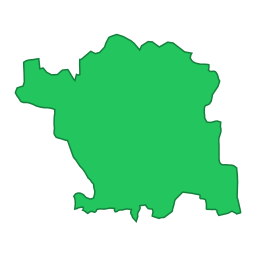 the district of Qutur, Al Gharbiyah, Egypt
{"feature_id": "37247803B52105005453844", "entity_name": "Qutur", "entity_type": "district", "adm_level": 2, "iso_a3": "EGY", "parent_name": "Egypt", "parent_adm1": "Al Gharbiyah", "projection": "robinson", "projection_center": [30.964, 30.971], "detail": "fine", "context": "isolated", "style": "filled", "palette": "green", "viewbox_px": 256, "rotation_deg": 0, "n_neighbors": 0, "source": "geoboundaries", "source_scale": "gbopen_adm2", "svg_char_len": 3973}
<svg xmlns="http://www.w3.org/2000/svg" viewBox="0 0 256 256"><path d="M82.7,210.1L84.0,210.7L85.3,211.5L86.1,212.3L87.7,213.4L89.3,212.3L90.4,211.5L92.5,211.5L94.3,212.3L95.5,211.9L96.2,211.0L96.7,209.7L98.3,209.1L99.8,208.9L100.4,208.9L104.1,209.1L109.9,208.1L114.6,208.4L114.4,210.0L114.6,210.8L115.2,211.8L116.0,211.7L116.7,211.6L117.5,211.1L118.6,210.3L119.3,210.1L119.9,210.0L121.8,210.0L122.5,210.0L123.9,209.5L125.2,209.2L127.3,209.0L131.5,209.5L130.7,211.9L131.0,214.0L131.5,214.6L132.0,215.6L132.3,216.7L132.6,217.5L136.2,221.5L137.8,216.5L137.6,214.6L137.8,213.0L138.4,211.7L138.9,210.9L139.2,210.6L140.2,207.9L139.7,206.3L139.7,205.8L141.0,205.5L143.4,205.3L145.4,204.9L145.8,205.6L147.6,208.0L148.7,208.8L152.1,209.0L153.1,211.4L152.3,215.2L152.3,216.2L153.8,216.7L159.2,218.4L160.2,217.9L161.3,217.6L162.4,217.6L164.2,217.4L165.1,216.7L168.9,213.9L172.1,211.5L172.9,208.1L173.6,205.7L174.0,204.3L174.5,201.7L175.1,199.8L176.1,198.7L182.7,192.1L188.8,192.9L191.4,193.2L199.6,194.8L200.1,195.4L200.1,196.0L199.9,197.8L200.4,198.6L203.3,198.8L204.1,199.1L205.4,199.6L206.4,203.6L206.4,205.3L206.4,209.0L207.0,209.3L208.0,209.3L211.4,209.5L213.5,209.5L215.1,209.3L217.0,210.4L217.0,212.0L218.8,215.4L220.1,215.1L227.8,213.3L232.0,211.2L235.7,213.1L236.5,213.9L237.7,213.6L240.2,212.9L240.6,212.6L240.4,211.0L238.1,200.6L237.1,197.1L237.6,181.1L237.4,178.7L237.4,176.1L236.7,168.5L236.6,167.8L233.5,165.6L231.3,165.1L229.2,165.1L227.1,164.8L222.6,164.8L222.0,164.5L220.8,164.0L219.5,162.1L219.0,158.9L219.0,158.4L219.0,157.6L219.0,153.8L219.0,151.7L219.0,145.6L218.9,143.5L218.8,141.8L218.8,138.6L220.9,131.7L220.9,128.5L220.4,126.9L220.7,122.1L217.2,121.0L214.9,121.3L213.5,121.8L212.2,122.1L211.2,122.4L208.5,122.3L206.9,122.1L204.8,118.3L204.6,117.3L204.6,115.1L204.3,113.3L204.3,111.4L204.3,109.0L204.5,107.9L204.6,106.9L205.1,106.1L205.9,105.3L207.2,105.0L208.3,104.5L209.4,103.9L211.2,101.3L212.3,96.0L212.3,94.9L214.7,91.3L217.9,86.6L219.7,81.1L218.4,78.7L218.1,77.1L217.9,76.4L217.4,74.7L216.3,72.8L215.3,71.7L213.9,71.2L211.6,71.4L210.0,71.4L208.4,70.1L208.7,69.3L208.7,68.8L208.9,67.7L208.9,64.8L208.1,64.5L204.2,64.2L200.5,64.2L197.6,63.6L195.5,63.1L193.1,61.8L191.8,60.7L190.2,58.0L190.7,55.6L191.0,54.6L191.8,53.2L188.4,52.6L184.5,51.9L184.2,51.6L177.2,46.2L173.1,43.0L167.7,42.2L159.3,47.0L152.3,41.9L148.1,41.6L141.6,45.8L139.7,50.0L139.3,49.5L136.5,46.2L134.8,44.2L134.0,43.3L131.3,41.0L123.7,36.8L123.3,36.6L117.2,34.6L116.7,34.5L114.5,35.2L110.3,36.7L108.8,37.6L106.9,41.2L106.0,42.9L105.4,44.7L104.6,47.1L102.2,49.7L99.6,52.5L99.2,52.6L95.1,53.6L90.8,51.3L84.3,56.8L81.3,59.4L81.0,59.4L79.7,59.5L79.7,62.2L79.6,65.2L79.7,66.0L79.8,68.0L79.8,68.6L79.9,74.5L78.2,75.1L76.5,74.4L74.9,80.5L73.5,79.0L69.3,71.9L67.9,69.6L62.4,70.1L60.0,72.2L58.4,73.7L57.5,74.5L56.7,74.6L52.9,74.8L51.6,74.9L46.7,72.3L43.1,68.0L41.8,68.3L39.8,68.8L38.8,58.7L36.6,59.0L32.4,59.7L31.0,59.8L28.4,60.1L26.1,60.8L23.7,62.3L23.8,65.9L24.1,72.4L24.3,80.8L24.3,81.3L24.4,81.7L23.1,86.0L17.2,87.9L15.6,91.8L15.4,92.9L16.2,94.3L17.2,96.1L18.5,97.7L20.4,100.9L21.2,101.7L23.5,102.5L26.7,102.5L28.8,102.8L33.3,104.4L35.9,105.8L38.6,106.6L40.4,107.1L43.3,107.6L44.9,107.7L47.3,107.7L49.1,107.9L52.0,108.5L53.1,108.9L54.9,109.5L54.7,111.1L54.9,113.0L54.4,115.4L54.1,120.5L54.1,122.6L54.1,124.7L54.3,126.5L54.4,127.7L54.4,128.7L54.1,131.7L54.1,133.3L54.4,134.6L56.2,137.3L58.6,138.1L60.7,138.6L63.1,139.4L65.4,140.2L67.5,140.5L68.3,142.6L73.3,156.8L74.5,158.5L75.5,159.5L79.4,165.3L79.9,166.1L82.8,169.1L85.2,172.6L86.2,174.4L88.1,177.9L88.5,178.3L90.4,180.0L91.7,182.2L93.1,183.5L93.6,184.6L93.8,187.0L94.9,191.8L94.6,193.7L94.4,195.0L94.2,195.6L93.6,197.9L91.2,199.0L90.1,199.0L86.2,197.6L84.6,196.0L83.5,194.7L80.1,193.1L77.7,193.1L77.2,193.3L75.6,193.9L73.8,196.3L74.8,198.4L75.1,200.0L75.3,202.4L75.3,203.3L75.3,204.5L75.1,205.9L74.8,209.1L77.2,208.5L78.5,207.7L81.7,207.2L82.2,206.9L83.5,207.8L83.0,209.9L82.7,210.1Z" fill="#22c55e" stroke="#15803d" stroke-width="1.5"/></svg>